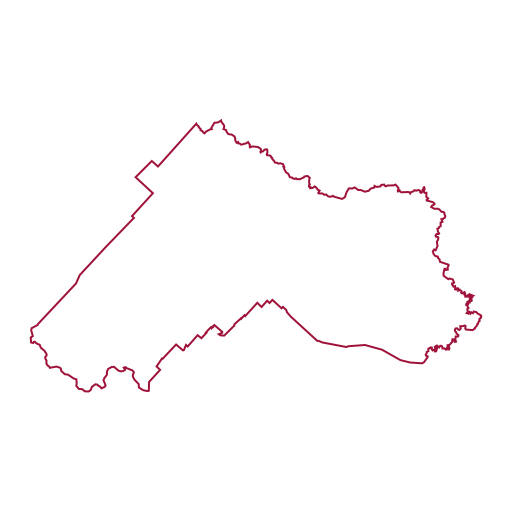 Chascomús, Buenos Aires, Argentina (orthographic projection)
{"feature_id": "61730980B62875315745131", "entity_name": "Chascomús", "entity_type": "district", "adm_level": 2, "iso_a3": "ARG", "parent_name": "Argentina", "parent_adm1": "Buenos Aires", "projection": "orthographic", "projection_center": [-57.761, -35.598], "detail": "fine", "context": "isolated", "style": "outline", "palette": "rose", "viewbox_px": 512, "rotation_deg": 0, "n_neighbors": 0, "source": "geoboundaries", "source_scale": "gbopen_adm2", "svg_char_len": 6083}
<svg xmlns="http://www.w3.org/2000/svg" viewBox="0 0 512 512"><path d="M299.9,179.2L296.7,179.1L295.9,178.3L294.9,178.9L293.0,178.5L292.4,177.7L289.9,177.2L288.3,173.8L286.1,172.4L284.1,168.9L284.3,167.0L283.4,166.6L283.8,166.0L283.0,164.1L280.4,163.3L278.0,163.6L277.1,162.8L275.0,162.6L273.9,160.6L272.4,159.3L272.3,158.0L271.3,157.6L271.1,156.4L269.9,155.5L267.0,155.2L266.7,154.4L267.4,152.6L267.3,150.0L266.8,149.3L264.7,149.6L262.8,151.5L261.4,151.6L260.7,152.4L260.4,151.9L261.1,150.8L260.7,148.8L257.8,147.0L252.3,146.4L250.0,147.4L249.7,146.7L249.9,145.0L248.1,142.1L246.2,143.3L241.2,144.7L239.6,143.5L238.1,143.3L238.1,142.1L236.5,142.7L235.2,140.1L235.2,137.9L234.3,136.3L231.7,134.6L228.3,134.1L226.5,131.7L226.1,130.1L223.5,129.1L224.2,126.9L224.0,125.3L221.2,121.6L221.1,120.5L218.0,122.4L214.4,122.8L211.3,128.0L211.8,129.1L209.6,129.6L205.6,131.9L204.6,133.3L203.1,132.4L202.5,131.1L200.5,130.2L200.6,128.9L198.8,127.4L198.7,126.4L196.7,124.8L196.3,123.7L158.0,166.5L151.8,161.0L135.6,177.2L152.9,193.2L132.0,216.1L133.9,217.9L105.7,247.1L79.8,275.0L76.0,283.5L38.0,324.0L37.6,325.0L31.6,328.2L31.2,330.3L32.8,336.1L30.7,337.5L31.1,342.5L33.2,343.0L33.8,342.0L34.8,341.7L36.5,343.4L39.7,344.8L40.8,347.7L44.3,350.6L46.5,353.9L46.6,355.4L45.2,357.2L45.6,359.3L46.5,360.5L46.4,363.6L47.7,365.6L49.4,366.7L49.8,367.8L56.4,366.6L60.0,367.7L60.8,368.6L61.3,371.0L64.8,374.2L68.1,374.7L73.7,378.5L76.4,379.4L76.7,383.1L76.3,385.9L78.8,388.9L82.3,389.2L84.8,391.3L88.4,391.5L90.6,390.2L91.9,386.9L95.3,384.3L97.3,384.6L98.5,385.9L100.1,386.6L101.4,388.3L104.3,387.1L105.3,386.1L105.5,385.2L103.5,380.2L104.4,378.0L106.5,375.4L107.0,374.0L106.9,371.7L108.2,368.9L111.7,367.0L114.0,366.8L118.4,370.6L120.6,371.3L122.8,371.2L125.0,369.9L124.9,369.0L123.8,367.7L125.4,367.1L126.6,368.1L132.2,370.3L133.6,371.8L133.9,372.7L132.9,374.4L132.9,376.6L134.5,379.7L138.7,384.1L138.9,387.5L143.2,390.2L147.5,391.1L148.8,390.7L149.1,381.9L160.1,369.9L156.6,366.4L162.0,358.5L162.6,358.8L176.1,344.5L183.0,350.4L183.9,350.1L186.0,344.9L187.7,346.5L197.6,335.2L201.4,338.2L206.3,333.0L205.8,332.7L207.7,330.5L211.0,327.2L211.5,328.0L211.7,327.5L212.7,327.5L213.2,327.0L212.8,326.4L214.3,325.0L222.2,331.8L222.2,332.8L218.8,334.2L220.3,335.3L224.2,335.6L234.3,325.6L234.4,324.3L241.1,318.2L241.3,318.7L244.5,315.2L245.2,316.1L257.3,302.8L261.5,307.0L267.2,300.7L269.5,303.0L272.4,299.9L281.6,308.3L282.9,306.9L286.1,309.8L287.1,312.4L290.9,316.7L317.3,340.9L318.4,340.8L322.5,342.5L346.3,347.0L348.5,346.2L365.0,345.0L382.0,349.7L400.4,360.1L410.0,362.5L422.2,363.3L424.1,362.1L427.7,357.0L427.7,356.3L426.0,355.7L425.7,354.7L426.6,353.3L426.8,351.9L428.3,351.2L428.4,348.6L429.9,348.2L430.5,347.4L431.8,347.6L431.8,349.3L432.6,350.4L435.2,348.9L435.7,349.1L434.5,350.7L435.0,351.5L436.1,351.3L437.1,348.4L436.8,347.9L435.4,348.1L434.8,346.8L436.9,345.5L439.1,347.4L440.2,345.8L441.1,345.8L442.1,346.5L442.5,348.5L444.5,348.4L445.7,349.6L446.6,349.5L446.9,347.7L447.7,347.4L447.8,349.3L449.0,349.5L449.4,348.6L449.1,347.0L447.6,346.1L447.6,345.2L449.5,344.9L452.0,342.1L452.5,339.2L453.6,339.4L454.6,341.9L456.0,341.6L455.3,339.4L455.7,336.5L457.8,336.6L458.4,336.0L458.3,335.0L456.5,333.5L456.1,332.1L455.1,331.2L454.9,329.8L455.5,328.5L457.1,328.3L458.4,329.7L459.5,329.9L460.7,328.6L460.3,326.2L462.7,326.2L464.6,325.5L465.6,326.1L465.2,328.2L465.8,329.5L472.6,330.1L475.0,328.4L474.9,327.9L477.1,325.3L477.3,324.0L477.9,323.9L478.8,321.3L479.6,321.0L479.4,319.1L481.0,317.7L480.7,316.9L481.3,316.1L481.0,315.4L477.3,313.3L476.5,312.2L473.8,311.5L472.9,313.2L471.3,312.3L470.5,313.6L469.6,312.1L468.6,313.7L466.7,313.1L468.0,311.7L467.4,310.4L467.4,309.0L468.5,308.0L467.6,306.9L467.5,305.6L466.2,305.0L466.2,304.3L468.1,304.1L468.2,303.6L467.1,302.9L467.5,301.7L468.3,301.6L468.7,302.7L469.7,302.5L469.0,300.9L469.7,300.1L470.2,300.1L470.7,301.1L471.6,300.8L471.6,300.0L470.3,299.8L469.8,298.5L471.5,298.9L471.3,297.5L472.2,297.1L471.6,296.3L473.0,295.7L469.5,294.2L468.8,294.9L470.3,295.4L469.9,296.8L469.2,296.7L468.1,295.1L467.7,295.4L468.1,296.0L467.3,296.7L465.6,296.7L466.2,294.9L465.4,295.9L464.9,295.7L464.3,294.4L465.2,293.7L464.5,292.1L461.9,293.4L461.2,292.7L461.6,292.0L461.3,290.8L459.8,290.1L458.7,290.5L459.1,289.6L458.0,289.5L458.2,288.5L457.5,288.2L456.3,289.6L455.0,289.3L455.4,287.9L455.1,286.1L453.5,286.7L452.0,284.4L452.2,283.4L452.9,283.7L454.1,282.6L452.8,279.5L449.5,278.5L448.3,279.2L443.6,275.7L443.5,273.1L444.5,268.8L445.3,268.8L445.9,270.0L447.8,269.6L447.5,267.6L448.7,265.3L448.5,264.7L440.0,261.8L439.5,259.3L438.0,257.9L437.8,256.6L435.3,256.0L433.7,254.2L432.8,251.4L434.2,249.5L435.4,250.3L436.0,249.7L437.5,245.8L436.9,241.7L438.1,239.6L438.4,237.8L437.8,236.9L436.1,236.8L435.5,235.6L436.6,234.0L438.5,234.0L439.1,233.5L438.0,231.7L437.4,228.7L438.7,228.2L439.1,227.1L440.7,226.1L440.6,222.5L442.5,221.8L441.4,219.2L443.0,219.1L443.4,218.3L444.8,217.8L445.3,216.2L444.4,214.1L444.4,212.8L443.1,211.8L441.6,211.9L439.3,209.4L437.8,208.7L434.3,208.8L431.2,207.0L431.9,205.7L434.5,204.3L434.4,203.4L432.7,202.1L426.7,200.5L426.6,199.9L428.2,198.5L426.3,196.7L426.4,192.8L424.5,192.8L423.8,191.5L424.7,188.6L424.1,187.2L423.6,187.4L423.5,189.0L422.5,189.9L422.4,191.7L421.2,192.9L420.2,192.3L420.1,190.8L418.4,190.0L416.1,190.7L414.4,190.2L413.4,191.3L410.9,192.2L410.2,193.5L409.3,192.3L408.1,192.0L401.3,192.3L399.9,191.4L399.6,190.5L398.0,191.4L397.7,190.6L398.5,188.8L398.3,187.7L395.5,184.6L393.5,185.4L387.5,185.5L386.0,186.3L384.7,185.7L384.2,184.6L381.3,184.9L380.5,186.4L377.6,186.8L376.3,186.8L374.6,185.9L374.3,187.5L370.7,188.6L368.7,190.8L364.9,191.7L360.7,190.0L358.2,190.0L354.7,187.4L352.5,188.5L348.9,188.4L346.4,192.5L345.0,197.1L342.1,198.9L334.6,196.9L332.8,195.8L332.2,196.4L329.5,196.8L327.6,196.0L326.3,194.5L324.3,194.8L322.6,193.5L318.6,193.4L318.3,192.8L319.6,190.6L317.7,189.7L316.4,187.7L314.7,186.4L312.5,188.0L310.2,188.2L310.3,186.9L309.1,186.7L309.0,186.1L309.1,185.0L309.8,184.4L309.1,182.9L309.3,179.0L309.8,177.9L307.6,176.0L304.3,176.5L303.9,177.4L299.9,179.2Z" fill="none" stroke="#9f1239" stroke-width="2"/></svg>